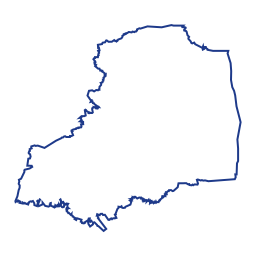 outline of Bulacan, Bulacan, Philippines
{"feature_id": "2640588B70472166839855", "entity_name": "Bulacan", "entity_type": "district", "adm_level": 2, "iso_a3": "PHL", "parent_name": "Philippines", "parent_adm1": "Bulacan", "projection": "albers", "projection_center": [120.888, 14.98], "detail": "fine", "context": "isolated", "style": "outline", "palette": "blue", "viewbox_px": 256, "rotation_deg": 0, "n_neighbors": 0, "source": "geoboundaries", "source_scale": "gbopen_adm2", "svg_char_len": 5721}
<svg xmlns="http://www.w3.org/2000/svg" viewBox="0 0 256 256"><path d="M228.3,50.9L213.2,50.9L207.5,49.8L207.4,48.9L206.2,48.4L205.8,47.0L204.9,47.0L204.1,49.0L202.8,49.6L202.7,49.1L203.5,48.5L203.1,46.2L202.4,47.9L195.2,44.2L194.2,42.6L192.2,43.4L191.3,42.9L190.7,41.4L188.4,38.8L188.4,37.9L189.1,36.9L187.5,35.2L186.6,31.7L186.2,31.1L184.2,30.5L184.2,29.5L185.5,28.4L185.6,27.6L184.5,27.1L182.3,27.1L182.1,26.6L183.2,25.6L173.6,25.6L171.4,25.1L161.7,27.3L147.5,26.4L140.4,28.6L139.4,28.3L137.0,29.4L137.1,30.4L136.1,31.5L135.3,31.4L134.5,32.1L132.5,31.6L131.7,32.4L128.8,32.0L127.2,33.1L126.2,33.1L126.1,33.8L125.5,34.2L124.5,33.8L123.7,34.2L123.8,35.0L122.4,35.8L122.5,36.7L121.5,38.3L118.1,39.6L117.5,40.8L116.6,41.4L116.3,40.7L115.2,41.1L114.2,40.1L111.9,41.7L108.6,41.8L106.7,40.4L106.1,40.5L105.1,42.3L102.6,42.7L102.0,44.1L97.9,44.8L98.1,47.8L98.9,47.6L99.5,50.3L98.1,50.7L98.6,51.9L99.1,51.9L99.1,53.0L98.4,53.9L98.6,55.2L98.1,55.3L97.9,57.2L95.1,57.1L95.1,58.0L94.1,58.2L93.4,59.2L95.3,61.5L95.4,62.0L94.5,62.1L94.4,62.7L94.9,63.2L94.6,63.8L94.9,64.6L95.6,64.7L95.3,65.0L95.9,65.8L95.3,66.3L98.2,68.7L99.5,68.7L100.3,70.6L101.0,70.3L101.8,70.6L101.9,71.2L102.5,71.0L102.9,72.0L104.6,73.2L104.6,75.1L105.7,74.4L105.6,76.0L103.5,77.6L103.8,78.7L103.5,79.5L103.0,79.6L103.4,80.7L102.5,81.4L102.5,82.3L100.8,82.9L101.2,83.4L101.1,85.0L99.5,86.8L99.4,89.7L98.6,89.5L98.0,90.3L96.3,90.0L94.1,91.4L92.2,90.3L89.0,90.8L87.5,95.6L90.4,99.8L91.6,100.2L90.7,101.9L92.5,101.5L92.9,103.1L94.0,103.3L94.5,104.2L97.2,106.1L97.4,106.8L98.5,106.6L98.9,107.1L98.0,107.0L97.8,108.4L97.1,108.6L96.3,108.1L96.1,107.3L95.7,108.0L95.0,107.2L94.8,107.5L93.5,107.0L93.5,107.6L92.4,108.0L92.1,108.9L92.8,112.4L92.2,113.0L90.6,113.0L89.8,112.5L89.2,113.2L88.5,113.1L88.4,112.1L86.4,110.9L86.1,110.1L85.4,109.7L84.8,110.2L85.7,115.5L84.4,116.1L81.6,116.1L79.7,117.8L81.3,117.5L80.7,118.5L81.6,120.0L80.2,121.2L81.9,121.2L83.1,121.8L83.1,122.4L82.3,121.7L81.6,122.2L82.7,122.8L83.1,124.2L81.0,124.4L81.5,126.4L81.2,127.3L78.8,127.5L79.0,127.9L78.5,128.1L76.3,128.2L76.1,128.9L73.2,129.5L71.8,130.3L72.4,131.1L71.6,131.4L73.1,135.2L71.4,136.1L70.0,136.0L69.9,137.0L66.2,137.0L65.3,136.3L64.2,136.4L62.9,137.5L61.9,137.5L61.1,138.3L56.0,140.7L44.5,147.9L37.8,145.6L35.6,145.9L34.7,145.4L31.3,146.4L31.2,147.6L31.6,148.4L29.7,149.1L29.9,150.8L29.4,150.9L28.7,152.6L28.8,153.4L30.1,154.3L30.6,156.5L30.0,158.4L28.3,158.7L27.3,165.7L31.7,165.8L32.2,166.9L29.6,168.5L24.8,169.7L24.3,170.3L24.4,171.9L21.1,178.7L18.9,179.8L19.3,181.4L18.7,183.8L19.7,185.4L19.6,187.9L18.7,190.0L17.4,196.3L15.4,201.1L15.6,201.9L16.2,201.4L17.3,201.6L18.0,200.5L18.7,201.2L18.9,200.9L20.1,201.5L19.4,202.1L19.4,202.8L22.6,203.5L22.8,202.6L24.1,203.5L24.8,202.9L26.3,204.0L27.2,203.6L27.0,203.9L28.1,204.5L29.3,201.8L30.9,201.3L31.5,201.7L32.9,201.0L34.3,203.3L34.4,205.1L37.0,206.1L38.0,202.4L37.2,201.1L37.5,200.8L38.4,201.7L39.7,199.4L40.0,199.6L38.0,204.2L38.9,206.1L42.7,204.3L42.6,202.6L45.2,205.9L48.5,206.6L49.9,205.9L49.8,204.4L50.3,204.3L50.4,203.1L50.8,203.0L50.7,205.5L54.5,207.5L55.5,206.8L55.2,206.5L55.8,206.5L55.1,206.2L55.3,205.3L56.0,206.0L57.4,205.1L57.5,206.4L59.2,206.3L59.4,206.0L59.0,205.9L58.7,205.4L58.5,204.8L58.6,204.5L58.9,205.6L59.8,205.7L61.0,202.7L60.9,201.0L60.1,199.7L60.5,199.4L61.8,202.7L61.0,204.0L60.8,205.6L62.0,207.1L62.8,207.3L64.0,206.7L63.8,206.0L64.6,205.1L62.7,202.1L63.2,201.9L63.8,203.0L65.2,204.4L65.5,204.5L66.4,203.5L68.1,203.8L67.3,205.1L67.6,207.4L68.3,208.0L66.8,207.9L66.3,209.0L66.6,210.7L67.0,210.5L66.8,211.0L68.2,213.0L68.7,212.7L70.7,214.8L71.4,214.0L71.3,214.7L73.0,216.3L72.8,216.6L75.4,218.1L74.6,219.0L76.2,220.0L77.1,218.3L81.5,219.7L80.8,221.7L82.4,222.4L82.2,223.1L83.9,223.4L85.0,222.8L84.9,222.2L88.2,220.1L88.7,218.5L89.8,218.4L89.7,221.2L90.4,221.5L91.4,220.8L91.7,221.4L90.4,221.9L88.9,221.2L88.1,222.4L88.5,224.1L90.1,226.5L92.9,224.4L93.1,222.6L94.4,222.3L97.1,225.0L97.4,225.9L98.4,226.1L103.6,230.9L106.2,228.9L98.1,218.3L98.5,218.1L97.2,215.3L96.9,215.4L97.2,214.2L99.7,215.2L100.5,213.9L102.2,213.8L103.0,215.0L104.9,214.8L108.4,219.9L109.5,219.9L109.7,219.3L111.2,218.4L112.0,219.2L112.9,218.4L114.1,218.2L113.9,217.8L114.7,218.4L116.4,217.9L114.9,214.6L115.8,214.2L115.6,213.7L117.4,209.0L118.5,207.9L118.5,206.7L120.4,207.0L121.5,206.3L122.0,207.6L123.1,208.0L125.0,207.7L125.4,206.8L130.4,204.6L131.3,201.7L130.2,200.7L131.5,200.5L131.0,200.0L131.8,199.4L130.7,198.9L131.6,198.7L131.9,198.0L132.6,198.1L132.6,197.2L133.2,197.6L133.9,197.0L134.4,197.4L134.6,196.8L135.3,196.8L137.2,198.5L139.2,197.5L140.4,197.7L140.7,198.2L141.1,197.7L141.8,198.6L142.4,198.4L142.6,199.7L143.2,198.9L143.6,199.1L143.6,200.5L144.5,199.5L145.1,199.9L144.9,200.9L146.6,200.1L147.0,200.5L146.8,201.5L148.5,199.8L148.7,201.0L149.7,201.1L149.8,201.8L150.3,200.5L150.8,201.1L151.7,200.9L152.2,202.0L151.6,202.7L152.7,202.3L153.4,203.1L154.2,201.8L154.9,202.8L155.5,202.5L155.9,201.6L156.3,202.6L156.9,202.1L158.5,202.1L158.5,201.6L159.7,200.7L159.3,200.4L159.6,199.9L161.9,198.3L162.3,196.1L163.0,196.1L163.5,197.0L164.8,195.6L165.5,196.0L165.6,195.4L164.8,194.1L165.2,193.8L165.7,194.6L165.6,193.6L166.6,193.9L166.3,192.7L166.7,192.9L167.1,191.8L168.1,191.1L168.8,191.1L169.0,190.2L171.0,190.1L172.6,191.1L173.5,190.9L177.7,187.2L178.5,183.3L186.3,183.2L187.8,184.2L189.2,184.1L189.4,185.0L191.5,185.3L192.6,184.6L193.2,185.2L194.6,184.4L197.5,184.6L198.0,183.6L196.9,179.8L197.8,179.5L200.8,180.5L201.9,180.1L203.2,180.6L205.1,180.4L208.4,181.2L234.8,179.2L235.7,177.2L235.3,174.4L236.6,174.4L237.0,163.3L238.1,161.0L238.1,148.4L237.4,139.5L240.6,122.2L236.5,106.3L235.2,95.5L234.1,90.9L232.3,87.2L231.0,79.9L231.2,71.1L230.6,63.1L227.6,53.5L228.3,50.9Z" fill="none" stroke="#1e3a8a" stroke-width="2"/></svg>